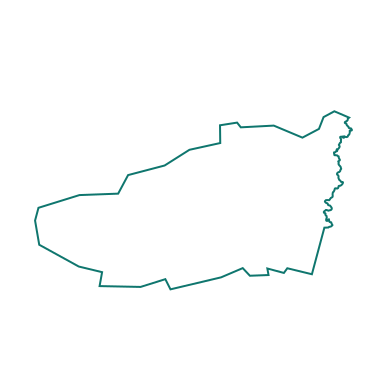 Luakpiny/Nasir, Upper Nile, South Sudan (Robinson projection), rotated 285°
{"feature_id": "79223893B70748738440916", "entity_name": "Luakpiny/Nasir", "entity_type": "district", "adm_level": 2, "iso_a3": "SSD", "parent_name": "South Sudan", "parent_adm1": "Upper Nile", "projection": "robinson", "projection_center": [33.401, 8.901], "detail": "fine", "context": "isolated", "style": "outline", "palette": "teal", "viewbox_px": 384, "rotation_deg": 285, "n_neighbors": 0, "source": "geoboundaries", "source_scale": "gbopen_adm2", "svg_char_len": 3457}
<svg xmlns="http://www.w3.org/2000/svg" viewBox="0 0 384 384"><g transform="rotate(285 192 192)"><path d="M193.0,332.9L193.7,333.4L194.0,333.9L194.4,334.7L194.9,335.4L195.7,335.9L196.4,336.2L196.9,335.7L197.7,334.9L198.3,334.6L198.7,334.3L198.7,333.6L198.7,332.7L199.3,332.1L199.9,331.9L200.5,331.6L201.0,331.3L200.8,330.8L200.4,330.6L199.8,330.6L199.3,330.4L199.0,329.9L199.1,329.2L199.6,328.8L200.4,328.7L201.1,328.7L202.2,328.8L203.1,328.4L203.6,328.2L204.1,327.2L204.6,326.7L205.2,326.5L205.7,326.5L206.0,326.1L206.1,325.6L206.2,324.8L206.8,324.5L207.5,324.7L208.1,325.1L208.6,325.6L209.3,326.0L209.4,326.5L209.4,327.3L209.3,328.0L209.3,328.7L209.7,329.2L210.0,329.8L210.4,330.6L210.8,331.0L211.4,331.3L212.2,331.3L213.0,330.9L213.5,330.3L214.0,329.7L214.6,328.8L214.6,328.1L214.6,327.1L215.0,326.6L215.7,326.2L216.1,325.7L216.1,324.6L216.6,323.5L217.1,322.9L217.8,322.9L218.7,323.4L219.1,324.3L219.4,325.5L219.6,326.6L220.3,327.0L221.3,327.3L222.2,327.7L222.8,328.3L223.4,328.9L224.0,329.0L224.7,328.9L226.1,328.4L227.4,328.2L228.2,328.2L228.8,328.7L229.6,328.9L230.4,329.1L231.3,329.1L232.1,329.1L232.6,329.4L232.8,330.1L232.9,331.3L233.5,332.0L234.6,332.2L235.5,332.1L235.9,332.3L236.2,332.9L236.4,333.6L237.1,334.3L238.0,334.9L239.0,335.3L240.0,335.4L240.4,335.3L240.6,334.7L240.4,333.9L240.4,333.4L240.9,332.8L241.4,332.3L241.6,331.6L242.0,330.9L242.6,330.5L243.2,330.0L243.8,329.7L244.5,329.6L245.3,329.4L245.8,328.9L246.1,328.5L246.4,327.7L246.9,327.4L247.5,327.4L248.2,327.6L248.7,328.0L249.0,328.3L249.4,329.0L249.8,329.3L250.6,329.7L251.5,329.6L252.3,329.9L253.0,330.1L253.7,329.6L254.4,329.3L255.0,328.8L255.9,327.4L256.5,326.6L257.2,326.2L257.9,326.2L258.6,326.0L259.2,325.4L259.5,325.4L260.2,326.0L260.8,326.5L261.2,326.5L261.7,326.3L262.1,325.6L262.6,325.3L263.2,324.8L263.9,324.6L264.3,324.4L264.5,323.5L264.9,322.8L264.8,321.8L264.7,321.0L264.5,320.6L264.5,320.1L264.8,319.8L265.3,319.7L266.1,319.2L266.6,319.0L267.0,319.0L267.3,319.7L267.7,320.2L268.2,320.3L268.7,320.6L268.8,321.1L269.0,321.5L269.4,321.6L269.7,321.6L269.9,321.2L270.4,320.8L270.8,320.9L270.9,321.3L271.2,321.9L272.2,322.4L273.2,322.8L274.1,322.8L274.5,322.7L275.0,322.1L275.5,321.7L276.3,321.9L277.3,322.1L277.8,322.3L278.4,322.9L278.8,323.0L279.3,322.8L280.1,322.5L280.8,322.5L281.5,322.3L282.1,321.9L282.7,321.1L283.2,321.0L283.6,321.0L284.0,321.6L284.1,322.3L284.4,322.8L284.2,323.2L283.7,323.7L283.6,324.2L283.7,324.4L283.9,324.7L284.5,324.5L285.0,324.3L285.2,324.7L285.1,325.2L284.9,326.1L285.1,327.2L285.6,327.9L286.0,328.1L286.8,328.1L287.4,328.3L287.9,328.8L288.2,329.0L288.9,329.0L289.6,329.0L290.2,329.0L290.8,328.9L291.5,328.6L291.9,328.5L292.2,328.7L292.4,329.2L292.4,329.6L292.9,330.3L293.3,330.4L293.7,330.1L294.2,329.6L294.6,328.9L294.4,328.5L294.4,328.0L294.4,327.2L294.8,326.6L295.5,326.3L295.9,325.5L296.3,324.7L296.8,324.1L297.6,323.7L298.0,323.2L298.0,322.6L298.3,321.8L298.9,321.6L299.4,321.8L299.9,322.4L300.5,322.9L300.9,323.4L301.6,323.7L302.4,323.7L303.0,323.5L303.5,323.6L303.8,324.0L304.5,324.5L306.8,308.6L298.4,299.7L285.8,298.3L273.1,284.6L277.3,253.8L267.1,222.4L270.7,217.6L263.7,201.8L246.6,206.6L232.1,178.6L210.5,158.7L191.8,125.9L171.3,121.1L159.9,84.1L137.0,47.8L123.8,47.8L101.5,58.1L90.7,101.9L91.3,125.9L77.2,127.1L87.0,166.9L100.9,188.8L92.4,196.4L117.1,242.2L131.6,260.7L126.1,269.6L131.6,287.4L137.6,284.6L137.6,301.7L143.0,303.8L143.6,329.1L191.8,329.1L193.0,332.9Z" fill="none" stroke="#0f766e" stroke-width="2"/></g></svg>